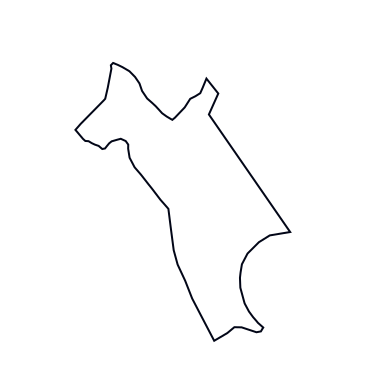 Batha Ouest, Batha, Chad (Natural Earth projection), rotated 134°
{"feature_id": "50815135B78939282341988", "entity_name": "Batha Ouest", "entity_type": "district", "adm_level": 2, "iso_a3": "TCD", "parent_name": "Chad", "parent_adm1": "Batha", "projection": "natural_earth1", "projection_center": [18.7, 14.28], "detail": "fine", "context": "isolated", "style": "outline", "palette": "ink", "viewbox_px": 384, "rotation_deg": 134, "n_neighbors": 0, "source": "geoboundaries", "source_scale": "gbopen_adm2", "svg_char_len": 1142}
<svg xmlns="http://www.w3.org/2000/svg" viewBox="0 0 384 384"><g transform="rotate(134 192 192)"><path d="M283.6,72.7L268.9,68.6L259.8,67.6L254.9,62.3L248.1,48.2L244.4,45.6L241.9,46.2L240.0,46.6L240.2,51.3L240.3,53.6L240.0,56.3L239.6,61.0L238.4,68.0L235.6,76.7L234.8,78.1L227.3,90.7L225.4,92.7L220.4,97.9L216.1,101.2L209.3,105.9L197.7,109.3L181.6,109.0L169.2,105.9L152.6,93.6L124.5,233.7L102.9,241.5L100.4,260.4L109.7,256.7L115.2,254.7L120.8,256.1L126.2,258.0L136.2,256.0L150.5,255.9L153.8,256.3L155.3,262.7L156.1,268.2L155.5,277.5L155.6,282.9L155.9,289.2L154.0,298.1L150.4,305.2L148.8,312.9L148.6,320.9L150.5,328.8L152.1,333.7L154.0,338.4L157.2,338.4L159.2,335.7L175.4,325.1L185.2,319.2L187.1,319.1L220.6,319.4L228.3,319.0L229.5,307.3L229.4,304.2L227.3,301.7L226.5,298.1L225.4,294.8L223.7,291.2L223.4,286.4L221.1,284.8L218.2,285.1L214.6,285.4L211.4,285.0L206.5,282.2L203.2,280.2L201.4,275.1L202.2,270.8L205.2,268.0L210.7,260.7L214.1,250.4L215.0,240.6L216.7,228.5L217.3,223.7L219.5,209.4L220.5,197.3L232.5,182.4L246.6,164.7L254.2,151.9L260.6,135.2L268.5,117.9L274.3,100.6L283.6,72.7Z" fill="none" stroke="#020617" stroke-width="2"/></g></svg>